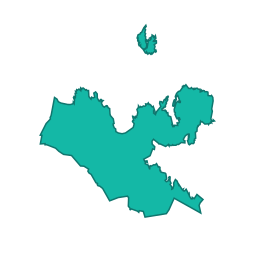 outline of Sola nor, Rogaland, Norway, rotated 79°
{"feature_id": "86288312B13640802673877", "entity_name": "Sola nor", "entity_type": "district", "adm_level": 2, "iso_a3": "NOR", "parent_name": "Norway", "parent_adm1": "Rogaland", "projection": "natural_earth1", "projection_center": [5.581, 58.887], "detail": "fine", "context": "isolated", "style": "filled", "palette": "teal", "viewbox_px": 256, "rotation_deg": 79, "n_neighbors": 0, "source": "geoboundaries", "source_scale": "gbopen_adm2", "svg_char_len": 5735}
<svg xmlns="http://www.w3.org/2000/svg" viewBox="0 0 256 256"><g transform="rotate(79 128 128)"><path d="M218.7,128.3L219.4,106.7L216.1,103.4L205.7,96.1L225.4,72.8L217.6,73.0L215.4,71.6L212.5,68.0L206.4,73.0L210.0,76.5L208.4,78.1L209.7,78.4L209.6,79.5L206.6,80.7L203.9,80.5L204.5,81.1L199.2,82.6L200.6,84.5L200.2,85.6L199.0,85.8L199.5,86.3L198.6,85.6L198.9,86.5L193.2,88.8L193.6,89.1L189.3,90.0L187.6,91.3L190.7,93.7L193.0,93.9L196.1,95.6L196.4,96.7L194.7,96.1L191.3,97.5L190.4,96.3L187.8,96.9L184.1,96.0L183.7,96.6L184.3,97.5L185.6,97.2L187.5,98.7L188.1,100.4L187.8,100.9L186.4,101.6L185.4,99.7L180.2,99.6L179.4,100.1L177.7,104.0L175.9,104.2L175.9,104.8L172.7,104.1L171.9,105.0L172.1,105.7L168.4,106.8L169.4,108.4L169.0,109.7L169.9,112.7L169.3,113.2L169.5,113.8L172.8,114.6L168.3,115.3L166.3,117.9L165.1,117.6L165.0,116.3L164.5,115.9L165.0,115.6L163.9,115.6L163.7,118.0L161.6,118.5L159.4,111.6L153.2,107.8L154.1,106.2L151.5,105.3L148.5,107.3L145.6,107.0L143.9,105.1L149.2,100.7L149.8,100.8L149.2,100.6L149.6,100.6L149.9,99.3L153.3,94.6L152.1,91.8L153.3,91.2L152.2,91.0L153.2,90.2L153.5,88.1L152.9,87.3L153.6,86.9L154.1,84.2L153.5,83.1L153.8,81.5L152.4,78.5L153.5,75.0L151.5,74.6L151.4,75.3L149.6,75.8L146.7,73.3L145.5,71.1L145.5,69.9L147.6,70.3L146.7,69.3L148.5,69.7L148.5,70.3L149.4,70.2L149.8,70.9L150.8,70.7L151.6,72.0L155.3,71.6L156.2,70.9L155.2,68.7L155.8,66.9L155.1,65.9L152.7,65.4L152.8,64.8L151.4,64.7L151.0,63.5L145.1,62.7L144.3,60.9L141.3,60.2L139.3,59.0L139.6,58.7L138.9,58.3L138.4,56.6L135.2,55.5L136.1,55.0L135.9,54.1L138.8,51.8L139.2,48.4L140.0,48.2L138.9,47.2L139.1,46.3L138.4,45.6L138.8,45.1L137.7,45.3L137.6,41.8L136.2,42.8L137.1,43.1L137.3,44.5L134.7,44.9L127.6,42.0L125.3,42.2L117.7,39.3L114.2,38.9L111.9,39.8L112.3,40.6L111.4,43.2L108.1,42.7L107.4,43.6L107.0,45.7L106.0,46.0L105.5,47.1L106.0,48.0L105.1,48.5L106.2,48.9L106.4,50.2L103.7,49.8L103.3,51.6L102.1,52.5L102.0,54.4L102.8,54.8L102.7,56.1L101.7,55.9L101.9,57.0L100.4,58.1L101.2,59.0L100.6,61.0L96.6,62.9L97.5,63.9L97.0,64.9L98.0,65.4L97.3,65.9L97.5,66.6L98.8,66.9L101.5,69.7L101.8,71.6L103.3,73.7L106.0,75.5L109.4,75.4L110.1,76.3L109.2,76.8L109.4,77.4L112.5,79.1L114.8,79.9L115.3,79.3L114.5,77.8L110.7,76.5L109.3,75.1L107.1,75.1L105.5,73.0L110.2,72.2L111.3,73.1L111.7,71.5L112.9,71.8L112.8,72.8L111.3,74.5L112.9,76.2L118.5,79.1L121.1,79.4L121.8,78.6L123.6,79.3L127.6,78.4L127.8,76.6L127.2,75.8L128.1,76.8L127.9,75.6L129.6,75.4L129.9,76.6L128.6,76.9L132.0,76.5L133.3,78.3L131.6,78.9L135.0,78.7L134.2,81.9L135.4,82.4L135.2,83.8L134.1,84.0L134.4,83.7L134.3,82.4L134.2,83.6L125.1,83.9L123.6,86.2L120.5,86.0L120.4,87.3L118.7,87.2L118.5,88.2L117.6,88.0L117.2,91.1L115.8,91.2L115.1,89.1L114.5,89.1L114.5,87.4L114.0,87.2L114.4,87.0L113.1,87.1L111.0,85.5L110.4,85.8L108.0,83.6L106.9,83.9L105.0,82.5L104.4,82.7L105.1,84.5L107.5,85.8L106.8,86.1L107.2,87.1L110.0,89.2L108.5,90.2L108.1,91.6L109.8,92.3L113.2,91.7L117.6,97.0L117.0,97.7L117.9,97.1L118.9,97.8L117.5,97.8L120.0,98.5L118.3,100.0L117.3,99.2L117.0,99.8L115.7,99.5L115.9,98.5L111.6,99.1L112.1,99.8L111.5,100.6L109.9,101.2L108.8,102.2L109.0,102.9L107.2,103.3L108.2,104.4L107.7,106.1L109.3,106.1L109.9,107.3L109.3,108.7L110.1,110.4L109.3,111.6L109.9,111.7L110.0,112.9L108.4,113.5L109.7,113.8L111.5,115.7L114.5,115.4L117.4,116.6L118.4,117.8L118.1,117.9L117.9,118.2L118.1,118.0L118.5,117.9L118.1,118.4L119.1,118.7L118.4,119.0L118.8,119.8L118.2,120.3L118.9,120.2L118.1,121.2L121.6,121.0L121.7,121.8L122.3,122.0L121.7,122.0L122.5,122.4L125.0,121.1L128.5,122.8L132.4,131.4L132.5,134.9L131.1,138.4L129.2,140.6L126.6,140.3L125.2,141.5L122.1,142.0L120.9,141.6L120.9,140.8L116.3,140.7L112.4,142.9L110.5,143.0L105.4,142.3L104.5,143.5L102.2,144.2L102.0,144.8L102.6,145.2L102.2,145.8L103.0,147.3L101.7,148.5L98.9,149.3L97.2,148.6L97.4,149.3L96.5,149.5L95.8,148.8L97.1,148.3L96.3,147.2L95.8,148.5L94.9,148.8L94.8,149.5L96.2,151.1L95.6,151.5L92.7,152.4L88.7,151.7L86.4,152.9L87.2,154.9L91.4,154.8L91.8,156.6L90.8,157.8L92.6,158.8L89.7,160.4L83.7,159.6L83.6,160.7L82.4,161.6L82.7,162.4L80.3,164.2L80.2,165.5L81.1,166.0L79.8,166.8L82.3,167.3L80.4,168.7L81.2,170.5L80.6,171.1L82.1,171.7L81.9,172.5L83.9,172.0L83.9,173.3L86.4,173.4L87.1,174.7L86.8,175.0L87.5,175.5L87.7,174.8L86.9,174.1L87.7,173.7L89.0,174.7L88.0,175.3L88.4,175.6L90.4,175.2L93.8,176.2L92.3,176.8L93.7,177.2L94.0,180.0L93.4,182.7L90.7,189.1L88.9,191.4L86.1,192.2L84.0,194.3L101.1,201.1L102.8,202.4L104.4,202.5L108.0,207.5L118.3,215.5L118.8,213.9L126.9,217.1L127.5,212.4L128.6,212.7L129.0,210.8L134.0,202.9L137.8,200.2L141.6,196.3L144.2,188.7L156.2,181.9L157.1,178.5L160.8,174.5L162.8,175.6L164.7,174.9L166.5,173.0L175.7,169.9L176.6,168.5L177.7,169.0L178.9,168.5L179.7,166.8L182.5,164.4L196.0,159.9L194.4,150.8L194.8,141.5L196.6,140.7L204.8,142.6L207.5,141.2L208.4,141.6L208.7,141.2L208.1,140.1L211.4,134.6L212.8,133.5L211.3,132.7L212.8,128.9L218.7,128.3ZM45.2,83.5L42.8,83.5L44.0,84.4L43.3,84.7L43.8,85.4L42.4,85.4L41.3,86.6L42.9,87.0L43.8,89.4L44.8,88.3L45.7,89.2L46.2,90.7L45.1,90.7L46.0,91.9L45.0,92.9L46.4,93.1L46.8,92.1L46.4,92.0L47.0,91.7L52.9,93.9L52.9,94.7L49.5,93.6L46.1,94.2L41.5,93.2L40.8,93.8L38.6,92.7L37.5,93.4L34.9,92.0L33.4,92.7L31.8,90.8L30.6,90.9L32.6,93.3L36.7,96.4L36.9,97.5L37.9,98.0L38.4,100.3L41.4,101.9L42.0,101.7L41.2,101.1L41.5,100.9L43.6,101.7L44.1,101.1L44.5,101.7L46.0,101.2L46.0,100.3L46.5,100.2L47.4,101.6L49.3,101.4L49.6,100.7L49.1,99.9L50.4,100.3L53.0,98.6L53.7,96.7L52.7,95.0L53.7,95.4L54.3,97.9L57.5,96.7L58.1,96.0L56.8,95.2L59.3,94.4L58.3,92.9L59.6,91.9L59.3,91.5L59.9,91.3L59.1,90.5L59.9,90.2L57.7,87.1L58.8,86.3L58.1,85.6L56.8,85.8L57.2,86.4L55.5,87.1L53.1,85.9L51.2,86.4L50.1,83.9L47.8,83.5L47.4,83.8L48.1,85.1L47.8,86.5L47.2,86.1L47.2,85.1L45.8,84.7L45.2,83.5Z" fill="#14b8a6" stroke="#0f766e" stroke-width="1.5"/></g></svg>